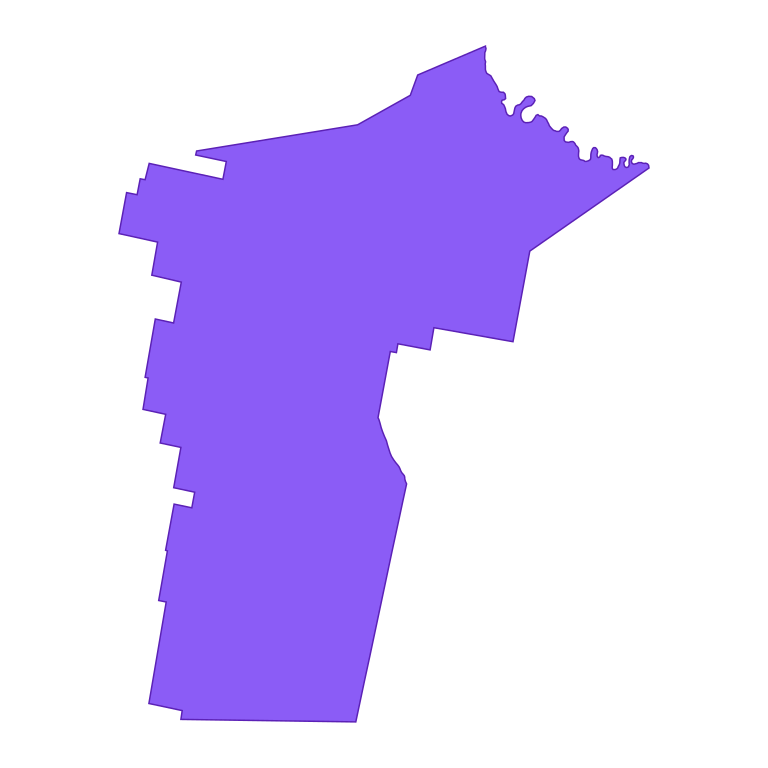 outline of Loreto, Santiago del Estero, Argentina
{"feature_id": "61730980B13568432968305", "entity_name": "Loreto", "entity_type": "district", "adm_level": 2, "iso_a3": "ARG", "parent_name": "Argentina", "parent_adm1": "Santiago del Estero", "projection": "natural_earth1", "projection_center": [-64.074, -28.643], "detail": "fine", "context": "isolated", "style": "filled", "palette": "violet", "viewbox_px": 768, "rotation_deg": 0, "n_neighbors": 0, "source": "geoboundaries", "source_scale": "gbopen_adm2", "svg_char_len": 3589}
<svg xmlns="http://www.w3.org/2000/svg" viewBox="0 0 768 768"><path d="M180.9,719.4L355.8,721.9L364.5,680.8L369.8,656.3L375.4,629.9L381.0,603.5L392.2,550.6L399.4,517.3L402.7,501.8L406.6,483.9L405.5,481.5L404.8,479.0L404.7,477.1L404.3,475.7L403.2,474.3L401.8,472.7L400.8,470.9L400.0,468.8L399.1,466.9L397.8,465.1L395.6,462.5L393.5,459.6L391.5,456.4L390.0,452.8L387.6,445.2L386.4,440.7L384.4,436.3L382.5,431.5L381.2,427.7L380.0,423.1L378.9,419.5L378.0,417.7L390.3,351.5L396.4,352.6L397.9,343.8L430.1,349.9L433.9,327.7L468.9,333.9L497.6,339.0L513.0,341.7L529.8,251.1L649.0,168.0L648.6,165.3L647.5,163.9L645.8,163.2L644.2,163.4L642.7,163.2L641.5,162.6L639.8,162.6L638.3,162.6L637.4,163.3L635.8,163.7L634.4,164.1L633.4,164.1L632.1,163.3L631.4,161.7L631.7,159.9L632.6,159.0L633.4,157.7L633.4,156.5L633.0,155.8L631.6,155.5L630.6,156.0L629.9,156.7L629.6,157.6L629.2,159.5L629.1,161.4L629.1,163.0L629.3,164.5L628.9,165.5L628.5,166.7L627.5,167.3L626.3,167.5L625.0,166.8L624.4,165.8L623.9,163.8L623.9,162.4L624.7,161.3L625.6,160.4L626.0,159.1L625.0,157.9L623.6,157.4L622.0,157.4L620.3,157.8L620.0,159.3L619.9,161.2L619.8,162.9L619.4,164.4L618.2,166.6L617.7,168.0L616.6,169.0L615.4,169.5L614.3,169.6L613.0,169.5L612.3,168.4L612.2,167.0L612.4,165.2L612.4,162.1L612.3,160.9L611.8,159.1L610.5,158.1L609.7,157.3L608.1,156.7L605.7,156.4L604.3,156.0L603.0,155.3L601.7,155.1L600.3,155.4L600.0,156.6L599.2,157.3L598.2,157.6L597.3,156.6L597.0,154.8L597.4,153.1L597.6,151.5L597.1,149.7L596.3,148.5L595.4,147.7L593.8,147.6L592.7,148.5L592.1,149.9L591.3,152.0L590.9,154.1L590.8,156.1L590.8,157.7L590.4,159.5L589.3,160.3L587.8,161.0L586.2,161.4L584.9,161.4L583.8,160.5L582.0,160.1L580.4,159.7L579.2,158.7L578.5,156.4L578.5,154.5L578.6,152.6L578.8,151.0L578.5,149.1L578.0,147.6L577.0,146.4L575.8,145.3L575.0,143.6L574.1,142.5L573.3,141.8L572.3,141.5L570.4,141.7L569.0,142.3L568.0,142.3L565.5,141.9L564.2,140.5L564.1,138.3L564.1,136.9L565.4,134.8L566.9,132.6L568.1,131.2L568.2,129.4L567.6,128.3L565.8,127.0L563.9,127.0L561.6,128.5L560.4,130.2L559.2,131.3L558.5,131.4L556.5,131.4L555.2,130.8L553.6,130.4L552.5,129.4L551.0,127.8L549.4,125.8L548.6,123.8L547.5,121.8L546.6,119.8L545.5,118.4L543.2,116.9L541.4,116.0L539.4,115.9L537.9,114.6L536.2,115.3L535.1,117.2L533.6,119.4L532.0,121.5L530.6,122.2L528.4,122.6L525.6,122.7L523.7,122.0L522.2,120.3L521.1,117.8L520.8,115.4L520.9,113.5L522.0,110.7L523.6,108.8L525.6,107.3L527.7,106.4L531.2,105.6L533.4,103.4L535.0,100.5L534.3,98.6L531.7,96.5L528.7,96.3L526.4,97.0L524.9,98.4L524.1,99.9L522.3,101.8L521.0,103.6L519.6,104.7L517.6,105.1L515.8,106.2L515.0,107.7L514.7,108.8L514.2,111.2L513.7,113.7L512.6,115.1L510.4,116.0L508.9,115.7L507.1,114.3L505.9,111.5L505.4,108.7L504.5,106.4L503.6,104.6L501.7,103.3L501.6,101.3L502.1,100.2L504.3,99.7L505.6,98.6L505.3,95.0L504.9,93.7L503.5,92.3L500.8,92.2L499.1,91.5L498.1,89.4L497.1,86.5L495.9,84.4L493.7,81.0L490.8,75.8L488.5,74.4L486.8,73.4L485.8,71.2L485.4,69.5L485.4,65.9L485.2,64.0L485.6,61.8L484.7,59.1L484.7,56.9L484.8,54.5L484.8,52.7L485.6,50.7L486.0,48.6L485.4,46.5L485.4,46.1L417.7,75.0L410.3,95.3L390.1,106.6L357.6,124.8L317.2,131.4L196.6,151.0L195.7,155.0L226.3,161.5L224.6,170.5L222.9,179.3L191.3,172.5L149.2,163.4L145.1,179.7L140.2,178.8L137.1,194.7L126.6,192.6L119.0,233.6L157.6,242.1L151.8,275.2L181.3,282.1L173.6,323.0L155.3,319.0L145.1,377.3L148.1,378.0L143.0,409.4L165.7,414.3L160.2,443.0L180.9,447.4L173.7,487.7L194.7,492.2L191.8,507.8L174.1,504.1L165.6,550.3L167.4,550.9L161.9,582.3L158.7,600.5L166.2,602.0L154.6,670.1L148.9,703.5L182.2,710.6L180.9,719.4Z" fill="#8b5cf6" stroke="#5b21b6" stroke-width="1.5"/></svg>